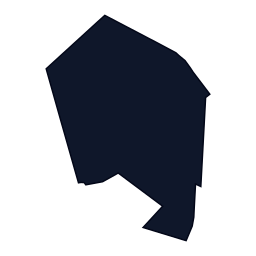 the district of Rio Grande do Piauí, Piauí, Brazil
{"feature_id": "56859067B48966136379340", "entity_name": "Rio Grande do Piauí", "entity_type": "district", "adm_level": 2, "iso_a3": "BRA", "parent_name": "Brazil", "parent_adm1": "Piauí", "projection": "orthographic", "projection_center": [-43.132, -7.786], "detail": "fine", "context": "isolated", "style": "filled", "palette": "ink", "viewbox_px": 256, "rotation_deg": 0, "n_neighbors": 0, "source": "geoboundaries", "source_scale": "gbopen_adm2", "svg_char_len": 505}
<svg xmlns="http://www.w3.org/2000/svg" viewBox="0 0 256 256"><path d="M192.2,226.1L193.8,217.2L194.1,210.3L195.5,184.0L200.8,186.5L203.5,136.5L205.6,97.5L209.8,94.2L204.2,86.8L193.1,72.2L190.5,68.2L185.0,60.6L178.8,55.5L175.9,52.8L156.2,42.3L148.5,38.3L104.8,15.4L97.7,21.8L93.1,26.0L46.2,68.8L61.9,124.4L62.6,126.8L78.5,182.8L81.1,182.4L84.2,182.6L85.8,184.8L102.6,181.7L118.2,173.0L120.1,174.4L162.7,206.2L143.1,227.5L186.1,240.6L192.2,226.1Z" fill="#0f172a" stroke="#020617" stroke-width="1.5"/></svg>